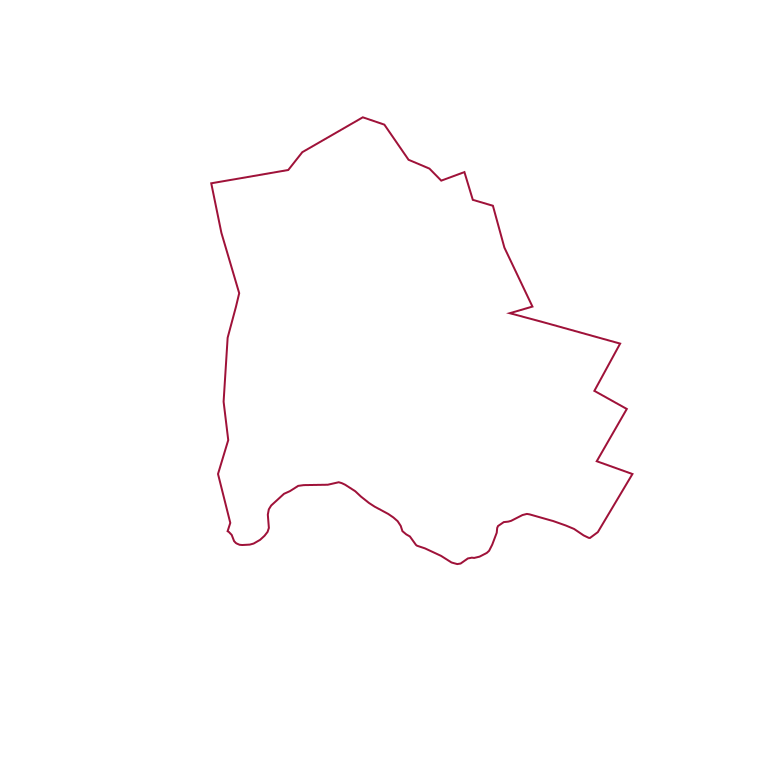 outline of Hunterdon, New Jersey, United States of America, rotated 308°
{"feature_id": "52423323B25129931119647", "entity_name": "Hunterdon", "entity_type": "district", "adm_level": 2, "iso_a3": "USA", "parent_name": "United States of America", "parent_adm1": "New Jersey", "projection": "orthographic", "projection_center": [-75.003, 40.564], "detail": "fine", "context": "isolated", "style": "outline", "palette": "rose", "viewbox_px": 768, "rotation_deg": 308, "n_neighbors": 0, "source": "geoboundaries", "source_scale": "gbopen_adm2", "svg_char_len": 1354}
<svg xmlns="http://www.w3.org/2000/svg" viewBox="0 0 768 768"><g transform="rotate(308 384 384)"><path d="M561.2,545.2L530.8,471.6L517.2,439.5L536.4,453.3L565.6,394.9L591.5,360.1L583.8,340.6L600.5,316.9L579.5,303.9L581.7,287.2L575.8,265.3L588.6,224.6L581.1,203.1L516.4,176.9L493.7,176.8L435.8,124.3L403.0,162.8L366.4,214.0L353.7,219.8L324.2,232.3L271.3,268.5L243.9,295.8L210.9,308.6L179.9,348.4L171.7,351.4L171.9,352.8L171.3,356.9L167.9,362.6L167.5,365.2L167.7,366.5L168.4,369.2L169.9,371.5L174.8,377.1L178.0,379.5L184.9,382.3L190.8,383.3L195.8,383.3L199.7,381.9L209.5,372.9L214.3,370.4L218.8,369.9L235.9,372.8L241.6,375.8L250.9,379.1L254.9,383.0L270.0,401.7L278.7,408.8L279.9,411.8L280.7,415.4L281.8,427.4L281.1,435.1L281.0,445.3L281.6,452.2L284.2,467.3L284.6,473.5L284.3,479.2L282.5,484.5L279.4,489.1L279.2,494.1L279.8,498.3L276.9,508.2L276.9,509.6L279.7,517.5L283.7,534.8L284.9,547.0L285.6,548.8L287.2,552.6L289.7,554.9L298.2,557.5L300.0,559.1L301.2,560.1L302.3,561.9L302.4,562.1L306.8,565.6L314.2,569.0L317.3,569.5L324.0,568.2L336.2,564.4L340.3,561.8L342.3,561.3L348.9,563.4L352.0,566.6L354.4,568.4L366.0,573.8L369.6,576.6L370.9,579.0L379.7,600.6L380.0,601.2L384.4,614.3L386.8,623.0L387.6,634.5L388.8,640.0L389.5,641.1L398.9,643.7L466.0,635.2L454.1,599.2L513.8,590.7L508.1,554.0L561.2,545.2Z" fill="none" stroke="#9f1239" stroke-width="2"/></g></svg>